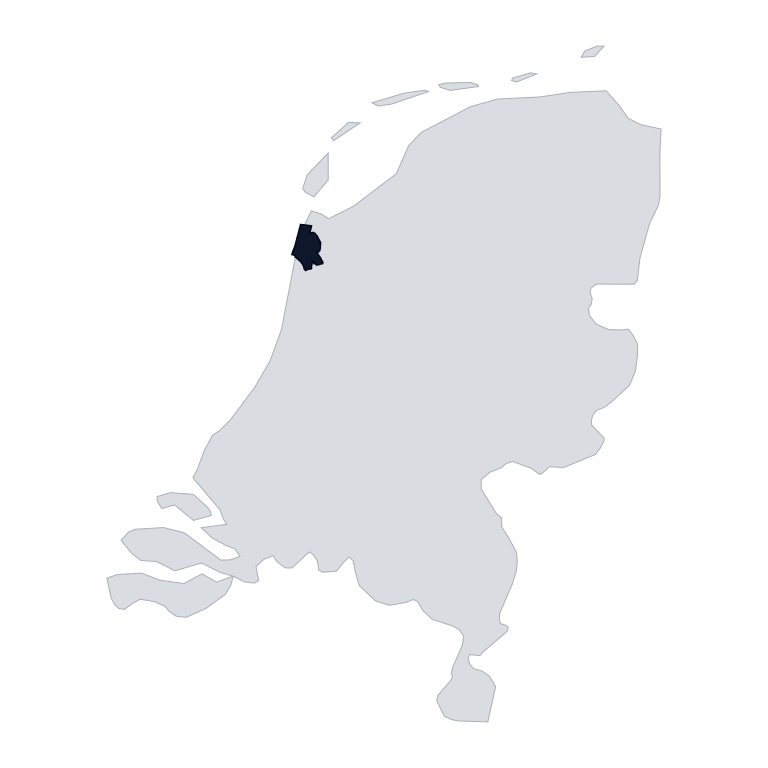 location of Schagen, Noord-Holland, Netherlands
{"feature_id": "6326949B3670086386110", "entity_name": "Schagen", "entity_type": "district", "adm_level": 2, "iso_a3": "NLD", "parent_name": "Netherlands", "parent_adm1": "Noord-Holland", "projection": "mercator", "projection_center": [4.782, 52.788], "detail": "fine", "context": "in_parent", "style": "filled", "palette": "ink", "viewbox_px": 768, "rotation_deg": 0, "n_neighbors": 0, "source": "geoboundaries", "source_scale": "gbopen_adm2", "svg_char_len": 6283}
<svg xmlns="http://www.w3.org/2000/svg" viewBox="0 0 768 768"><path d="M487.8,721.9L473.1,721.4L459.4,721.0L452.2,719.8L444.5,716.4L441.0,709.3L436.7,700.7L437.9,695.4L450.7,680.5L452.6,676.3L451.3,674.1L452.6,667.5L462.4,645.1L463.7,636.2L459.3,629.9L453.0,626.1L432.3,619.4L422.4,610.0L417.9,601.8L413.3,599.5L406.5,602.3L389.4,605.3L375.4,600.9L359.0,585.3L355.2,571.4L353.1,560.7L349.0,557.0L343.5,562.5L336.5,571.2L322.7,572.2L318.7,570.2L318.1,565.4L317.3,560.8L313.5,555.1L309.4,551.9L291.9,568.0L285.3,567.9L277.1,561.8L273.0,555.7L264.0,559.2L256.0,566.6L258.7,580.6L254.4,583.1L244.4,581.9L233.1,576.1L220.5,572.6L201.5,563.0L174.9,570.8L156.4,561.5L141.0,560.5L131.5,553.1L121.1,540.4L128.4,532.1L135.5,529.2L163.6,527.6L184.1,532.7L220.9,560.1L230.2,559.9L240.0,556.4L235.0,549.0L225.8,545.4L212.1,538.0L201.2,527.7L226.8,524.3L223.3,519.0L219.9,509.8L192.9,477.8L197.5,469.1L204.3,450.4L212.8,434.9L219.5,430.7L230.6,419.7L254.7,387.4L270.1,360.9L281.5,329.5L298.2,242.3L303.2,227.5L311.3,210.9L321.4,214.0L328.4,218.8L353.4,206.3L396.2,173.8L408.8,145.5L421.2,132.4L470.4,106.7L497.6,99.0L539.5,97.0L569.8,92.4L606.2,90.8L620.1,106.6L628.1,118.3L641.0,124.7L661.1,129.1L659.9,152.0L660.0,197.0L658.5,205.0L649.5,223.9L640.0,257.8L637.4,280.0L634.6,284.2L596.4,284.1L591.0,288.0L590.2,292.8L592.2,298.5L591.2,304.1L588.3,308.7L589.9,316.1L596.5,324.4L608.6,329.5L621.5,330.0L628.1,329.1L632.9,335.0L637.7,344.2L637.4,355.7L635.5,371.1L629.4,385.3L611.8,401.7L603.9,407.5L596.5,410.4L593.0,414.7L591.3,420.2L591.7,425.1L604.2,438.2L603.9,441.2L600.3,448.0L595.5,454.4L563.2,467.7L549.8,466.6L542.2,473.2L539.9,474.5L531.4,468.4L512.6,461.4L505.5,463.8L501.6,467.7L489.7,472.3L481.2,479.6L481.2,489.0L496.2,513.2L501.5,517.9L501.8,527.0L509.0,538.3L516.5,552.4L517.3,561.4L516.4,570.5L512.6,583.4L499.6,613.5L499.4,619.3L500.5,623.7L505.0,624.9L508.3,627.1L507.3,631.2L483.0,652.0L479.9,655.6L469.7,654.6L468.1,658.1L469.5,663.7L473.5,668.6L482.2,671.1L489.6,676.4L495.6,686.7L487.8,721.9ZM233.1,576.1L231.0,584.8L225.4,594.4L206.3,608.2L186.4,617.3L176.1,616.2L169.1,611.4L165.3,606.5L154.7,601.7L140.1,599.2L131.0,604.4L124.5,609.4L118.8,608.5L114.5,604.4L111.2,598.1L106.9,578.1L117.8,574.5L141.4,573.1L159.7,580.1L183.7,583.5L202.1,573.9L216.6,582.1L233.1,576.1ZM193.2,494.3L207.3,507.0L210.3,511.1L211.3,515.4L193.5,520.4L174.5,504.9L161.9,508.6L157.2,501.2L157.1,496.6L170.1,492.7L193.2,494.3ZM328.2,180.0L313.9,196.9L305.2,192.2L302.7,188.3L307.1,175.0L328.2,152.9L328.2,180.0ZM391.5,104.1L378.1,106.1L372.0,102.7L404.4,93.1L424.9,90.2L428.5,91.5L391.5,104.1ZM478.4,86.5L450.0,90.4L440.4,87.4L438.8,84.6L446.6,83.0L470.8,82.5L478.3,85.0L478.4,86.5ZM360.2,122.9L333.6,140.6L331.3,137.8L348.5,122.4L360.2,122.9ZM594.5,56.5L581.1,57.3L584.9,50.9L597.3,46.1L604.0,46.1L594.5,56.5ZM536.7,73.9L516.5,82.1L511.6,80.4L512.8,78.0L530.5,72.9L536.7,73.9Z" fill="#d9dde1" stroke="#a8b0b8" stroke-width="1"/><path d="M305.5,270.5L305.8,270.2L306.0,270.2L306.3,270.1L306.5,270.0L308.4,269.3L308.6,269.3L308.9,269.1L309.0,269.1L309.6,269.0L310.0,269.0L311.0,268.9L311.3,268.8L311.4,268.7L311.5,268.3L311.5,268.2L311.6,267.9L311.5,267.7L311.5,267.2L311.5,266.9L311.5,266.7L311.5,266.4L311.7,265.2L311.9,264.2L311.8,263.9L311.8,263.7L312.0,263.6L312.1,263.1L312.1,262.9L312.2,262.7L312.3,262.3L312.5,261.8L312.6,261.7L312.6,261.4L312.6,261.2L312.8,261.1L313.0,261.3L313.4,261.5L313.6,261.6L313.8,261.7L313.8,261.8L313.9,262.1L313.8,262.3L313.8,262.6L313.7,262.7L313.7,262.8L313.7,263.0L313.8,263.3L313.8,263.5L314.0,263.4L314.1,263.5L314.3,263.5L314.7,263.6L314.9,263.7L315.1,263.6L315.4,263.5L315.4,263.8L315.5,263.9L315.7,264.1L315.8,264.3L315.9,264.5L316.0,264.5L316.2,264.8L316.4,264.7L316.5,264.9L316.3,264.9L316.4,265.0L316.5,265.1L316.8,265.0L317.1,264.9L317.3,264.9L317.6,264.9L317.8,264.9L318.0,264.9L318.6,264.7L319.0,264.6L319.3,264.4L319.5,264.4L319.7,264.2L319.9,264.2L321.0,264.0L321.7,263.9L322.0,263.8L322.4,263.7L322.6,263.6L322.7,263.4L322.7,263.2L322.7,262.9L322.8,262.8L322.8,262.7L323.0,262.4L322.9,262.3L322.8,262.2L322.7,262.0L322.7,261.9L322.5,261.6L322.4,261.5L322.3,261.3L322.2,261.1L322.1,260.8L322.1,260.7L321.9,260.5L321.5,260.3L321.4,260.0L321.3,259.7L321.2,259.2L320.9,258.6L320.8,258.4L320.5,257.8L320.4,257.6L320.3,257.4L320.1,257.2L319.9,256.9L319.8,256.7L319.0,255.7L318.8,255.3L317.9,254.0L317.6,253.6L317.4,253.3L317.3,253.1L317.2,252.9L317.1,252.7L316.9,252.3L316.8,252.1L316.8,251.9L316.8,251.7L317.0,251.7L317.3,251.6L317.5,251.5L318.1,251.8L318.3,251.8L318.5,251.9L318.8,251.9L318.7,251.3L318.7,251.1L318.6,250.8L318.8,250.8L319.0,250.7L319.7,250.6L319.9,250.5L319.9,250.4L319.9,250.1L319.9,249.9L319.8,249.7L319.8,249.4L319.8,249.0L319.7,248.9L319.7,248.7L319.8,248.6L320.0,248.6L320.3,248.5L320.3,248.3L320.3,247.0L320.3,246.7L320.3,246.2L320.4,245.6L320.4,244.9L320.4,244.7L320.4,244.4L320.5,244.4L320.5,244.2L320.5,243.9L320.7,243.0L320.7,242.9L320.6,242.5L320.3,242.0L320.0,241.4L318.6,238.8L317.7,237.1L317.6,236.9L317.4,236.3L317.3,236.2L317.2,236.1L317.2,235.9L316.0,234.6L315.8,234.4L315.7,234.2L315.0,233.4L313.3,232.4L312.3,232.6L310.0,233.1L309.8,233.0L310.1,231.8L310.3,231.2L310.8,229.0L310.9,228.4L311.0,228.1L311.2,227.4L311.3,226.9L311.5,226.1L311.6,225.9L311.4,225.8L310.1,225.7L309.9,225.6L309.6,225.6L309.4,225.6L306.8,225.2L303.6,224.8L302.3,224.7L300.5,224.5L300.5,224.8L300.0,226.8L299.4,228.7L298.9,230.9L298.4,232.8L297.8,235.1L297.2,237.1L296.7,239.2L295.1,245.4L294.4,247.4L293.8,249.1L292.9,251.2L292.2,253.4L291.9,254.6L294.3,255.2L294.7,255.7L294.9,256.0L295.1,256.2L295.1,256.3L295.1,256.5L295.3,256.6L295.5,256.7L295.5,256.8L295.4,257.0L295.5,257.1L295.5,257.3L295.9,257.4L296.0,257.3L296.3,257.7L296.7,258.2L296.9,258.5L297.0,258.6L297.2,258.8L297.4,258.9L297.6,258.9L298.1,259.0L298.3,259.1L298.4,259.3L298.5,259.4L298.6,259.5L298.7,259.8L298.8,259.9L298.9,260.1L299.0,260.4L299.0,260.5L299.4,260.7L299.5,260.7L299.9,260.6L300.2,261.0L300.3,261.1L300.9,262.0L301.4,262.7L301.4,262.8L301.5,263.0L301.7,263.3L301.8,263.4L302.1,263.7L302.4,264.0L302.7,264.8L302.8,264.8L303.1,265.4L303.6,265.9L303.6,266.1L303.7,266.6L303.7,266.8L303.8,267.2L304.0,268.2L304.1,268.4L304.1,268.6L304.2,268.8L304.3,269.1L304.5,269.3L305.0,269.9L305.3,270.2L305.5,270.5Z" fill="#0f172a" stroke="#020617" stroke-width="1.5"/></svg>